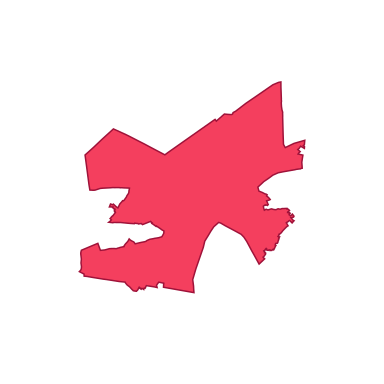 the district of Gwale, Kano, Nigeria, rotated 52°
{"feature_id": "59680162B24203265637376", "entity_name": "Gwale", "entity_type": "district", "adm_level": 2, "iso_a3": "NGA", "parent_name": "Nigeria", "parent_adm1": "Kano", "projection": "robinson", "projection_center": [8.494, 11.979], "detail": "fine", "context": "isolated", "style": "filled", "palette": "rose", "viewbox_px": 384, "rotation_deg": 52, "n_neighbors": 0, "source": "geoboundaries", "source_scale": "gbopen_adm2", "svg_char_len": 5977}
<svg xmlns="http://www.w3.org/2000/svg" viewBox="0 0 384 384"><g transform="rotate(52 192 192)"><path d="M266.7,126.6L265.7,126.6L264.5,126.9L263.9,127.6L263.5,127.2L262.7,128.2L261.8,129.5L260.5,131.2L259.9,133.0L259.5,133.4L258.2,134.5L257.8,136.2L257.5,136.8L257.1,137.4L255.3,139.0L254.4,139.5L254.2,139.9L254.0,140.2L253.9,140.5L252.9,143.1L251.9,143.8L251.2,144.2L251.0,145.5L250.9,146.2L250.5,146.1L249.8,145.8L248.8,145.4L247.8,144.9L247.1,144.5L247.2,142.3L247.8,142.1L247.9,141.5L249.1,140.8L248.8,139.6L247.9,139.5L246.5,139.0L245.3,138.8L244.8,138.6L245.6,137.0L246.1,135.3L246.1,135.0L245.3,135.0L243.3,135.1L241.8,135.5L241.0,135.7L240.5,134.5L239.3,134.9L238.3,135.7L235.8,136.8L232.5,138.7L228.7,137.1L228.0,129.0L228.4,122.7L228.5,117.9L229.9,112.3L232.3,107.5L237.8,97.2L238.3,96.0L239.4,94.1L240.6,92.2L240.7,91.1L241.1,90.5L239.5,89.4L236.2,87.2L232.8,83.6L231.7,82.4L231.2,81.9L227.4,85.0L226.9,83.4L226.8,81.9L223.6,82.5L223.6,80.9L222.8,78.2L226.8,76.6L225.5,75.4L224.0,75.7L223.9,74.3L222.5,73.0L220.7,71.3L216.5,81.7L214.4,91.2L210.8,90.6L203.2,85.1L189.0,74.6L187.9,73.7L186.1,72.4L184.9,71.4L182.6,70.5L179.8,68.9L176.6,66.7L176.0,66.0L175.2,65.4L175.0,65.2L174.5,65.0L173.7,64.3L164.3,57.5L160.0,54.2L158.9,56.3L157.3,62.2L155.3,95.2L155.2,108.2L155.1,108.5L154.7,110.7L155.0,111.2L155.4,111.6L155.5,112.9L154.3,114.4L152.6,116.3L150.5,118.5L151.1,129.2L149.0,129.1L148.9,130.3L146.1,186.5L146.0,190.5L136.5,194.8L126.4,199.3L124.8,200.0L118.6,202.9L109.7,207.0L106.8,208.4L93.9,215.1L95.1,230.7L96.2,241.9L96.7,248.9L97.0,253.5L106.4,259.0L123.2,268.9L127.6,271.3L128.7,270.0L129.7,268.9L130.8,267.3L132.7,262.1L134.1,259.9L138.5,253.6L139.8,251.6L140.9,250.3L143.5,246.9L144.6,245.8L145.4,244.7L146.5,243.5L149.9,239.5L150.5,238.9L151.4,239.9L152.3,241.0L153.0,241.6L153.6,242.2L154.1,243.1L154.4,244.2L155.0,245.9L155.7,247.1L156.0,248.4L156.5,249.9L156.8,251.3L156.1,252.0L156.4,253.0L157.0,256.3L157.7,257.7L158.9,260.2L157.0,260.8L153.2,261.4L153.3,262.2L151.3,263.6L152.9,266.3L155.1,263.5L155.5,264.2L158.2,263.2L158.3,264.4L159.6,264.4L159.6,264.9L159.8,264.9L159.9,265.1L160.9,264.9L161.4,266.6L161.7,268.0L162.0,268.6L162.0,269.2L162.0,269.7L161.9,269.7L162.1,271.1L162.3,271.1L162.5,272.9L164.3,272.7L164.5,273.9L164.6,274.5L164.6,275.2L164.6,275.7L164.6,276.2L165.7,275.1L167.6,273.2L167.7,272.6L168.1,272.1L172.1,267.0L173.1,266.0L178.4,260.4L181.5,256.9L181.3,256.3L182.1,255.6L183.6,254.0L184.2,253.9L185.6,251.4L187.2,251.1L189.7,242.7L190.4,242.6L191.1,242.9L191.8,242.4L192.1,243.0L193.2,242.6L197.0,241.5L196.9,241.0L199.0,240.3L201.1,239.6L203.4,239.0L205.4,238.1L207.1,239.6L207.7,240.8L208.7,243.3L207.5,246.4L206.7,247.9L205.5,250.0L204.7,251.7L203.3,254.3L202.5,257.3L202.5,258.6L202.1,259.8L200.4,263.1L197.8,268.7L195.6,268.6L193.2,269.7L191.8,270.2L190.3,270.4L191.3,272.7L191.6,274.0L191.6,274.3L191.8,275.3L191.9,276.2L192.6,278.6L193.2,279.2L193.0,279.5L191.4,282.8L191.1,283.8L190.8,284.5L190.5,285.1L190.3,286.0L189.7,287.0L189.1,287.6L188.4,288.4L187.5,289.6L186.4,291.1L185.8,292.0L185.1,293.7L183.9,296.5L181.6,300.1L174.5,297.8L173.4,301.7L169.8,315.0L171.0,316.6L172.2,317.7L176.8,320.5L179.6,323.2L182.2,324.7L183.0,325.2L184.7,326.9L185.1,328.0L185.4,329.8L190.2,327.6L191.9,328.8L193.8,326.8L197.9,323.1L202.1,319.2L205.9,315.7L208.4,313.2L211.6,310.2L217.7,304.5L221.8,300.2L222.5,300.4L223.8,300.4L224.6,300.4L225.6,300.3L226.7,300.0L227.7,299.7L228.7,299.5L229.9,299.4L230.8,299.4L231.8,299.3L232.7,299.1L233.6,299.1L234.3,298.5L234.8,298.1L235.4,297.5L236.0,296.9L235.8,295.2L234.5,292.2L235.3,291.9L235.8,292.4L237.3,291.9L237.0,291.3L237.2,291.2L237.2,290.7L238.9,290.1L238.6,289.9L238.4,289.6L238.4,289.3L238.3,289.1L238.9,288.7L238.6,288.1L238.9,287.8L238.4,287.1L238.2,286.7L237.7,285.6L243.7,280.0L245.8,278.3L243.7,277.4L243.3,276.3L242.6,273.7L246.5,270.4L247.3,271.2L249.5,273.1L272.5,252.4L271.0,251.4L271.0,251.5L267.1,248.7L261.5,245.4L254.9,236.2L247.9,225.4L242.6,217.2L238.6,212.2L236.7,207.1L236.5,206.5L234.5,201.4L232.8,196.2L232.4,189.7L234.2,188.5L239.0,186.6L248.2,182.5L255.6,179.3L259.6,178.9L264.6,179.3L269.3,180.1L274.9,181.1L279.6,181.8L290.1,183.5L289.5,177.2L289.4,175.9L288.3,176.1L287.8,176.1L287.1,176.1L287.1,175.2L286.3,172.4L286.2,172.2L285.8,172.0L285.6,171.6L285.3,171.5L285.2,171.6L284.8,171.9L284.5,172.2L284.2,171.8L284.0,171.6L283.8,171.6L283.7,171.6L283.2,171.8L283.0,171.7L282.6,171.6L283.0,170.9L282.3,169.6L282.1,168.3L282.7,168.2L283.0,169.2L283.8,168.8L284.2,168.6L284.6,167.8L284.9,167.8L285.2,167.0L285.4,166.4L286.1,166.0L286.3,166.3L287.2,165.1L287.0,163.7L287.9,163.3L287.5,162.3L287.2,162.2L287.0,161.2L286.4,160.3L285.8,158.8L285.0,159.1L284.7,158.5L284.3,158.2L284.1,157.8L284.2,157.2L284.7,156.7L284.9,156.3L284.8,156.0L284.7,155.6L284.4,155.2L283.8,154.5L283.4,153.9L283.0,153.1L282.8,152.8L282.4,152.8L282.3,152.3L282.2,152.0L281.6,152.0L281.5,151.2L281.3,150.6L280.8,151.0L280.6,151.2L280.6,151.3L280.0,151.6L279.5,150.0L279.3,149.2L278.9,149.3L279.1,148.0L279.2,147.5L279.0,146.7L278.8,145.6L278.4,144.3L277.8,139.8L277.7,139.1L277.7,137.7L277.8,137.1L275.0,136.7L274.5,136.7L274.3,136.7L274.2,136.3L274.4,135.6L274.4,135.4L274.4,135.1L274.5,135.0L274.5,134.1L274.4,134.0L274.4,133.7L274.4,133.2L274.5,132.9L274.5,132.7L275.4,132.4L275.9,132.4L276.4,132.4L276.7,132.3L277.4,132.3L277.4,132.0L278.0,132.0L277.8,131.1L277.6,130.2L277.5,129.3L276.8,129.6L276.5,129.7L276.4,129.7L275.9,129.8L275.1,129.7L274.4,129.8L274.0,129.8L273.1,129.8L273.5,129.3L273.7,128.6L273.9,128.2L274.1,127.7L274.3,127.5L274.2,127.2L273.9,126.8L273.9,126.6L273.7,126.5L273.2,126.5L271.2,126.5L271.3,127.1L271.5,127.9L271.4,128.4L271.4,128.5L271.3,129.1L271.2,129.1L270.4,129.2L270.1,129.4L269.7,129.5L269.6,129.3L269.4,128.9L269.2,128.4L269.3,128.4L269.3,128.2L269.2,127.7L268.4,127.9L268.0,128.2L267.7,128.6L267.7,128.8L267.4,128.8L267.0,129.3L266.6,128.9L266.7,128.3L266.8,127.8L266.7,127.1L266.7,126.6Z" fill="#f43f5e" stroke="#9f1239" stroke-width="1.5"/></g></svg>